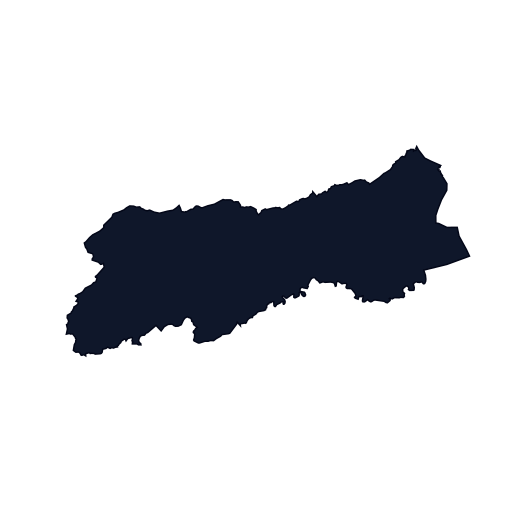 Mang Yang, Gia Lai, Vietnam, rotated 248°
{"feature_id": "81297802B73536270925214", "entity_name": "Mang Yang", "entity_type": "district", "adm_level": 2, "iso_a3": "VNM", "parent_name": "Vietnam", "parent_adm1": "Gia Lai", "projection": "natural_earth1", "projection_center": [108.295, 13.956], "detail": "fine", "context": "isolated", "style": "filled", "palette": "ink", "viewbox_px": 512, "rotation_deg": 248, "n_neighbors": 0, "source": "geoboundaries", "source_scale": "gbopen_adm2", "svg_char_len": 6099}
<svg xmlns="http://www.w3.org/2000/svg" viewBox="0 0 512 512"><g transform="rotate(248 256 256)"><path d="M258.3,459.0L259.7,458.4L260.6,459.0L261.1,458.7L261.8,458.8L262.4,458.0L263.2,458.6L263.9,458.3L265.8,458.6L266.1,457.6L266.9,457.4L267.4,457.8L267.5,457.1L268.4,456.9L269.4,458.1L269.2,459.3L269.7,459.5L269.6,460.2L270.0,460.4L270.4,459.8L270.8,461.1L278.7,453.4L283.6,449.1L293.5,446.4L297.3,446.0L295.7,444.4L294.5,444.3L293.9,443.7L294.5,442.6L294.3,441.5L295.6,442.2L296.9,439.4L296.5,438.1L296.8,435.2L295.5,434.8L294.9,433.7L294.1,433.6L293.3,432.1L292.0,431.0L293.5,429.0L293.2,427.2L291.7,424.7L291.1,420.8L289.9,420.6L289.4,417.6L288.8,416.7L287.8,416.3L285.7,413.0L284.6,407.1L284.6,405.6L282.5,399.9L279.9,388.1L281.5,387.9L283.3,386.0L285.6,385.2L285.9,383.9L287.6,381.4L288.5,375.8L287.9,372.8L287.5,368.5L289.8,367.7L289.7,363.8L290.0,361.9L290.7,360.4L290.6,359.0L291.3,357.1L292.6,355.8L291.8,355.0L292.0,351.8L290.6,350.4L290.8,348.5L288.9,347.0L288.4,345.3L290.1,344.3L289.6,341.2L288.9,340.2L289.7,337.2L288.2,334.7L294.3,332.7L293.1,332.1L292.4,329.4L290.9,327.5L290.5,325.0L290.6,322.7L291.6,321.4L291.8,320.3L291.7,317.4L290.7,316.4L290.5,315.8L291.6,314.1L290.5,306.5L291.0,305.3L290.4,304.6L289.7,301.6L289.4,298.4L290.4,296.7L292.1,296.1L292.4,294.4L293.7,292.2L293.6,291.0L294.1,290.0L295.0,283.2L296.2,282.2L295.9,278.4L294.4,277.0L293.3,273.8L294.5,273.2L297.6,272.9L299.0,273.5L301.2,271.9L303.8,269.5L304.1,267.3L305.1,265.5L305.2,263.5L306.3,262.2L307.3,259.9L308.8,260.6L312.9,259.8L313.9,257.5L314.3,255.5L316.4,254.6L317.6,253.4L319.7,248.0L320.7,246.6L319.6,236.9L320.6,230.1L320.8,224.2L321.5,223.0L324.0,220.9L324.7,219.4L324.6,218.4L323.0,215.0L323.7,213.1L323.0,207.9L323.5,207.2L323.3,206.5L325.1,203.5L328.7,203.8L331.7,203.6L330.5,200.5L329.5,196.3L330.7,190.9L331.8,182.6L334.9,177.9L338.4,174.6L338.7,172.0L340.2,169.9L341.5,169.2L343.3,167.3L345.1,166.6L346.1,163.3L348.0,161.3L349.7,157.7L349.2,154.0L348.2,150.8L348.1,144.4L348.5,141.2L348.3,139.1L345.9,136.9L341.6,126.4L339.5,125.6L339.0,124.7L337.5,120.2L336.8,112.6L335.4,108.6L332.9,103.7L332.4,101.7L327.9,101.2L325.8,101.8L322.3,101.7L319.4,105.3L318.5,105.5L315.9,105.0L314.7,103.1L313.6,102.6L309.3,107.6L306.5,108.8L306.2,109.9L306.3,111.8L302.5,111.1L297.8,101.7L297.2,99.5L296.4,99.3L295.1,100.5L291.9,97.7L292.1,95.5L290.7,92.7L290.1,85.7L287.7,81.9L287.1,78.7L287.2,77.0L286.7,75.6L286.7,73.7L286.4,73.6L284.1,75.2L282.9,74.4L281.4,72.2L280.1,73.8L278.6,73.4L277.5,71.3L276.9,68.0L276.1,67.7L273.6,64.9L273.3,63.9L272.3,63.2L271.7,58.9L269.3,57.7L267.8,58.0L265.3,57.8L264.8,56.9L263.6,56.2L263.3,54.6L259.0,53.9L254.6,50.9L254.1,53.8L253.1,54.8L252.5,56.8L248.4,58.0L247.1,57.8L246.1,58.2L245.0,57.1L243.6,56.5L241.9,54.4L236.9,51.3L234.3,52.9L233.5,55.3L233.0,55.9L231.6,56.5L229.8,56.6L229.2,57.2L229.0,59.4L227.2,60.7L229.3,61.5L228.8,65.3L227.7,65.7L227.4,67.1L226.3,69.4L225.3,70.1L223.7,75.1L223.7,76.1L224.3,77.2L227.0,78.9L226.5,82.2L227.1,84.2L225.0,86.1L225.1,87.9L224.0,89.5L224.1,91.2L223.6,93.5L224.5,93.6L224.7,94.9L225.5,95.8L226.4,98.2L227.7,99.4L227.7,100.7L228.3,102.2L228.0,103.3L227.2,103.7L226.0,103.7L227.5,106.1L227.1,110.1L226.7,110.7L226.2,110.6L224.5,109.9L223.8,109.2L222.3,109.7L221.9,108.9L220.8,108.4L219.1,112.7L217.6,113.8L216.7,116.0L218.0,116.3L219.5,115.4L221.5,115.4L223.3,116.7L225.0,118.7L225.1,120.6L224.4,123.0L225.7,125.2L225.6,126.9L229.1,137.3L222.1,140.0L224.8,144.4L225.5,148.7L224.5,152.1L223.4,153.4L222.3,153.8L221.0,155.0L220.1,157.6L220.3,161.0L223.7,164.6L225.0,166.7L225.5,169.6L224.6,170.1L222.8,172.2L221.4,172.4L219.5,172.0L218.3,172.9L215.7,172.5L211.9,174.8L211.4,172.9L210.1,171.3L209.8,170.1L208.9,169.3L208.2,169.3L207.4,169.9L206.3,169.8L203.2,168.2L201.5,166.7L200.5,166.8L196.9,170.0L196.5,171.1L196.1,176.6L194.9,179.6L194.7,182.0L193.4,185.0L194.3,188.2L194.9,193.1L195.9,195.0L194.3,201.3L194.2,202.7L200.1,212.5L201.7,213.8L197.3,215.4L198.8,215.8L198.9,216.2L198.1,220.4L197.6,220.9L197.7,221.9L199.3,223.4L200.3,225.0L200.8,226.6L200.8,228.3L200.3,229.6L201.7,230.7L202.2,234.1L203.4,236.2L203.5,237.8L202.4,243.0L202.7,243.9L202.5,244.6L203.8,245.6L204.1,246.5L205.9,247.3L206.8,248.5L207.0,249.0L206.8,249.8L207.4,250.4L207.8,251.7L207.8,252.1L207.2,252.3L207.7,253.8L207.0,255.3L203.3,254.1L202.3,254.3L201.9,255.1L203.2,257.0L203.4,260.7L203.9,262.0L203.9,263.1L203.5,263.9L201.5,263.3L201.0,263.4L200.8,263.9L201.5,265.2L203.0,266.0L204.7,266.1L207.8,264.9L208.3,265.0L208.8,265.6L208.5,266.6L205.8,267.9L205.4,268.8L206.7,273.9L206.8,276.4L206.3,276.8L203.6,275.6L202.8,276.1L202.5,277.0L202.9,280.7L203.6,281.4L205.7,282.2L205.9,283.3L205.3,283.8L203.0,283.9L201.1,284.7L200.5,285.3L200.4,286.3L201.3,287.4L203.6,287.5L204.3,287.3L206.5,283.9L207.6,283.8L209.1,284.7L209.7,285.6L209.6,287.3L208.7,288.1L206.7,291.3L208.3,293.1L209.6,293.1L213.2,297.3L214.4,299.2L214.5,301.1L213.6,302.6L211.4,303.1L209.8,304.3L207.1,305.1L207.0,308.4L205.7,310.2L203.9,315.5L202.2,318.0L200.9,318.4L198.2,318.2L198.2,319.1L201.4,320.8L202.0,322.0L201.2,323.2L198.0,325.3L197.7,327.4L196.7,329.4L195.4,329.6L193.5,327.8L192.5,327.8L191.7,328.4L190.3,331.6L189.6,332.3L184.3,333.9L182.0,333.9L181.4,333.4L180.8,331.9L179.7,332.2L177.7,334.5L179.9,336.3L178.8,338.4L179.4,339.7L178.9,340.5L174.8,338.0L174.0,337.8L173.4,338.0L172.8,339.6L173.7,343.2L172.0,343.9L170.6,345.1L170.4,346.0L170.9,348.4L170.7,349.8L166.0,357.9L164.2,359.1L163.4,360.3L164.5,363.6L165.2,364.0L166.5,363.5L166.8,364.0L165.2,366.3L165.5,368.8L163.6,373.2L163.5,374.6L162.3,377.2L163.0,378.5L164.5,378.8L165.7,379.7L167.7,378.7L170.0,379.4L170.8,380.3L171.8,383.4L171.8,384.6L170.8,385.5L168.7,385.7L167.8,384.8L166.5,385.6L165.2,389.2L165.3,389.8L167.4,390.9L171.3,391.4L172.1,393.9L172.1,395.0L171.1,396.0L170.2,397.8L170.0,400.0L167.6,400.8L167.3,401.3L167.4,402.2L169.1,403.9L170.9,404.8L174.7,405.9L180.1,406.2L176.7,429.8L175.9,453.9L183.1,453.5L198.4,451.7L207.2,453.3L211.0,443.7L217.7,437.6L219.2,435.1L226.3,437.9L231.4,442.2L238.7,449.1L245.5,457.5L251.5,460.1L258.3,459.0Z" fill="#0f172a" stroke="#020617" stroke-width="1.5"/></g></svg>